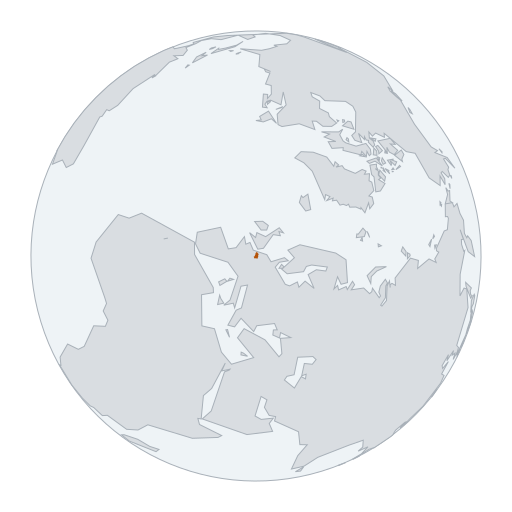 the Earth from above Hainaut, rotated 73°
{"feature_id": "BEL-2", "entity_name": "Hainaut", "entity_type": "Province", "adm_level": 1, "iso_a3": "BEL", "parent_name": "Belgium", "parent_adm1": "", "projection": "orthographic", "projection_center": [3.881, 50.373], "detail": "fine", "context": "on_globe", "style": "filled", "palette": "amber", "viewbox_px": 512, "rotation_deg": 73, "n_neighbors": 0, "source": "natural_earth", "source_scale": "10m", "svg_char_len": 11450}
<svg xmlns="http://www.w3.org/2000/svg" viewBox="0 0 512 512"><g transform="rotate(73 256 256)"><circle cx="256" cy="256" r="225" fill="#eef3f6" stroke="#a8b0b8"/><path d="M32.5,284.1L32.3,281.8L31.7,274.3L34.0,273.4L35.2,258.9L34.9,253.3L33.4,253.6L34.1,232.6L36.8,218.9L51.9,161.7L56.2,152.9L60.7,145.9L88.0,109.6L65.8,136.3L72.2,126.6L81.5,114.8L81.4,115.7L94.4,102.4L103.2,93.5L121.2,81.1L138.6,76.8L132.7,80.5L137.5,79.5L145.2,74.9L149.1,72.3L176.3,65.9L202.9,56.6L208.3,51.6L209.4,54.7L217.7,44.4L230.2,40.1L217.9,46.4L218.0,48.3L227.4,45.8L229.5,47.2L235.3,47.0L237.0,49.1L229.6,53.2L230.6,54.7L237.2,52.9L243.1,54.3L233.3,56.6L242.5,59.3L231.9,67.6L204.3,73.8L200.1,81.8L176.1,97.6L180.0,98.5L173.4,105.7L175.4,109.6L170.4,111.8L176.3,113.1L180.5,110.3L184.5,110.0L186.1,112.2L180.0,115.3L178.3,114.6L177.3,116.7L173.6,117.4L176.3,118.3L168.7,122.1L178.5,121.7L174.3,127.6L168.7,129.2L166.4,124.6L147.5,118.5L141.1,119.6L134.3,125.2L127.6,144.7L121.6,148.1L115.7,155.8L120.2,155.7L126.5,149.8L133.5,152.1L140.3,145.0L144.2,145.1L152.4,140.0L154.2,145.7L151.5,154.1L144.8,158.8L143.4,162.8L152.3,162.7L142.2,176.0L139.8,193.3L136.8,196.5L126.6,194.3L120.3,183.0L107.1,182.0L118.7,187.9L111.2,196.5L111.2,200.3L113.4,203.1L117.5,202.0L115.5,206.3L103.3,201.6L104.9,197.6L108.7,199.0L105.7,194.0L97.4,191.6L94.3,196.6L85.1,189.2L82.7,192.8L79.4,193.5L83.8,188.1L75.7,197.9L64.5,193.4L53.2,210.5L60.9,190.6L61.7,182.6L61.6,174.7L59.6,177.3L62.1,164.5L59.8,159.9L52.2,168.5L45.9,181.7L43.7,194.4L46.2,192.8L46.5,200.6L39.6,208.5L38.9,226.1L35.1,235.2L34.0,245.2L35.3,251.5L36.2,262.1L39.1,261.5L42.9,267.1L40.5,276.0L44.5,273.0L45.3,282.2L54.2,299.3L52.9,300.0L60.0,324.6L71.5,344.2L74.2,353.9L72.4,356.0L77.3,362.2L77.4,364.8L100.1,388.2L114.5,403.7L115.9,411.6L107.6,413.0L108.7,423.8L96.0,414.4L97.3,415.9L86.0,403.8L75.5,390.8L66.1,377.2L57.7,362.8L50.3,347.9L44.1,332.5L39.0,316.7L35.2,300.5L32.5,284.1ZM49.7,214.9L49.3,239.9L46.4,230.9L47.5,231.4L48.3,223.9L48.7,212.8L47.0,205.6L49.7,214.9ZM56.6,214.1L56.5,210.5L57.1,213.4L56.6,214.1ZM150.5,70.9L145.2,74.7L137.4,78.6L141.6,75.1L150.5,70.9ZM165.6,65.0L163.7,66.9L158.4,67.2L161.1,66.0L165.6,65.0ZM211.7,48.0L206.9,49.7L210.8,47.6L211.7,48.0ZM235.8,46.6L236.4,45.8L239.1,46.1L235.8,46.6ZM150.8,137.3L151.5,138.6L149.6,138.8L150.8,137.3ZM153.7,133.9L150.9,133.3L151.9,131.6L153.6,132.0L153.7,133.9ZM244.3,49.7L248.4,50.7L242.9,50.3L244.3,49.7ZM156.8,135.2L153.9,128.7L155.6,125.9L163.4,125.3L156.8,135.2ZM250.0,51.7L260.1,54.4L262.4,52.6L261.5,59.8L253.2,54.8L246.1,54.5L250.1,53.3L250.0,51.7ZM181.2,108.5L176.8,111.5L179.0,107.1L181.2,108.5ZM181.6,105.8L182.7,93.3L190.0,90.2L188.1,94.8L196.4,89.6L199.5,94.2L195.6,98.1L190.3,99.1L195.5,100.2L181.6,105.8ZM259.3,63.5L260.7,64.9L257.8,64.2L259.3,63.5ZM186.3,109.6L185.9,107.2L192.2,104.3L194.2,108.6L191.5,108.1L186.3,109.6ZM197.1,86.1L202.1,84.9L206.0,88.2L208.5,88.3L200.2,94.0L197.1,86.1ZM190.9,109.9L195.1,110.9L193.5,114.3L187.2,111.7L190.9,109.9ZM193.0,101.8L196.1,100.7L195.0,102.7L193.0,101.8ZM190.5,127.5L189.8,124.4L193.0,122.6L190.5,127.5ZM196.7,111.0L197.2,109.9L198.4,108.9L200.8,110.3L196.7,111.0ZM203.5,96.1L204.0,97.9L207.1,93.9L210.1,96.5L204.0,99.9L207.9,99.5L208.8,100.3L202.8,102.3L203.5,96.1ZM206.8,108.8L200.1,114.5L200.6,120.5L197.8,122.2L197.4,112.3L206.8,108.8ZM205.0,104.8L205.5,107.6L201.7,108.2L199.0,106.6L205.0,104.8ZM214.3,97.0L211.3,92.2L212.7,91.6L214.3,97.0ZM207.7,110.4L209.3,109.0L208.2,110.7L207.7,110.4ZM213.1,100.9L211.8,99.2L213.5,98.6L213.1,100.9ZM213.6,107.8L211.4,109.5L209.5,108.4L213.6,107.8ZM214.0,104.5L216.5,104.1L210.1,107.0L213.1,103.9L214.0,104.5ZM214.9,100.6L215.5,99.7L215.2,101.5L214.9,100.6ZM222.0,111.1L214.3,115.0L210.1,112.5L218.1,109.0L222.0,111.1ZM474.1,199.7L473.7,198.1L473.9,204.4L477.4,217.0L477.6,215.5L478.8,222.7L478.5,221.2L478.5,223.2L476.0,213.0L471.2,204.7L472.5,215.4L470.0,209.8L463.5,207.3L464.1,222.8L466.6,255.8L471.0,271.5L470.1,284.4L459.1,274.4L451.5,262.2L449.2,269.2L436.5,266.7L419.2,286.5L415.3,284.2L412.3,290.0L403.2,292.2L396.7,287.6L391.8,292.2L408.7,303.7L413.8,298.8L416.1,286.8L420.0,292.3L428.6,291.4L424.1,316.9L396.1,355.0L391.1,344.1L357.6,320.0L357.3,315.1L357.1,314.6L356.6,313.9L355.9,322.4L349.4,316.7L369.7,337.1L374.1,347.1L395.8,356.1L394.3,359.1L400.6,359.3L417.7,341.3L418.4,345.4L411.7,370.2L385.8,408.8L387.9,419.7L383.9,430.4L364.9,444.7L363.7,449.6L353.4,455.5L350.9,458.3L341.1,463.6L325.7,469.8L302.7,475.7L303.5,474.5L295.4,472.9L285.1,461.9L293.3,453.2L292.2,446.7L275.3,431.6L279.2,420.6L274.1,416.4L263.9,418.2L257.7,412.8L251.4,412.8L209.9,414.4L195.9,404.8L176.1,375.6L182.7,366.3L181.6,352.9L224.8,310.8L236.6,314.3L273.6,306.1L278.6,307.4L277.1,319.4L307.0,328.2L313.4,317.0L337.8,317.2L352.3,311.1L352.5,287.9L328.8,297.6L322.0,288.6L338.8,271.9L359.1,263.5L357.0,259.8L341.9,256.7L344.2,246.6L336.4,254.9L341.3,257.5L336.5,263.0L331.8,261.0L332.8,257.3L326.0,258.0L322.9,275.7L327.6,280.3L311.2,288.5L317.5,297.2L313.9,303.1L302.0,290.8L301.4,285.1L281.3,272.6L280.5,279.2L299.4,291.6L294.5,291.5L293.6,301.2L290.5,293.7L270.1,279.1L253.8,284.6L237.0,308.6L226.7,310.3L216.1,305.2L218.2,281.4L241.1,280.4L242.2,272.6L234.1,261.4L241.7,262.3L241.3,257.8L249.6,256.9L257.9,245.3L265.9,243.3L265.9,229.3L270.0,226.5L268.8,235.5L272.3,240.9L291.6,236.3L294.4,232.6L292.9,224.0L298.4,224.1L294.4,216.4L304.0,209.9L289.0,211.6L286.8,202.3L290.8,193.6L287.4,191.0L280.9,205.4L280.7,210.9L284.9,215.1L282.1,231.4L276.2,235.2L268.9,219.8L259.7,223.8L258.1,210.7L276.5,178.9L285.9,171.0L308.2,176.3L307.9,182.9L299.7,184.1L310.3,191.1L308.0,186.6L312.6,186.9L311.6,178.7L314.8,178.5L308.4,171.1L312.3,170.1L316.2,174.8L318.1,162.4L325.2,158.4L324.0,155.7L320.8,154.0L331.9,150.4L330.6,148.6L326.5,149.1L321.1,145.9L316.1,139.1L320.2,138.2L322.6,140.6L333.8,144.5L339.5,151.2L340.7,150.2L336.7,144.2L323.0,139.4L318.8,135.6L325.4,136.9L322.7,136.1L321.9,134.0L324.9,131.2L317.7,129.4L303.2,108.9L307.7,102.0L315.2,105.1L309.4,91.4L314.9,85.6L311.1,85.9L305.7,80.1L303.9,81.8L301.7,81.5L287.1,68.7L286.8,65.3L276.2,61.0L274.2,61.3L273.8,63.4L261.5,59.8L262.4,52.6L266.9,52.3L264.5,48.4L274.9,48.5L282.5,47.1L295.3,50.1L300.2,49.1L298.6,47.7L304.1,45.7L320.5,47.1L313.9,51.8L290.5,53.1L300.6,52.8L300.3,54.8L305.2,56.0L312.2,55.9L311.7,54.7L333.1,66.1L353.8,72.6L347.5,66.4L349.2,64.1L367.3,68.3L400.2,90.2L402.7,89.1L406.6,91.6L412.6,97.7L407.1,94.2L408.2,97.4L404.2,94.7L412.0,104.1L406.6,100.8L415.3,110.1L418.1,110.4L413.2,102.9L423.1,113.0L425.2,111.1L431.6,116.7L448.6,140.4L456.7,156.6L458.5,159.7L458.5,162.1L463.4,173.5L467.2,177.7L468.2,180.3L474.1,199.7ZM213.1,335.0L212.7,339.3L213.1,335.0ZM382.9,265.1L393.5,257.9L384.6,248.0L388.0,244.6L383.7,242.6L383.9,247.3L372.9,241.2L376.0,233.8L372.6,228.8L368.8,231.0L365.0,245.7L380.7,254.3L380.1,261.6L382.9,265.1ZM54.5,299.7L55.3,303.5L53.6,300.8L54.5,299.7ZM44.3,233.1L45.0,237.0L44.8,240.3L44.0,237.9L44.3,233.1ZM54.0,264.0L55.6,268.8L53.3,265.3L54.0,264.0ZM49.6,243.6L52.7,260.4L48.3,254.6L46.6,244.1L48.7,249.2L49.6,243.6ZM53.0,217.4L53.0,220.4L51.9,221.3L53.0,217.4ZM57.1,216.3L56.8,215.5L57.5,213.1L57.1,216.3ZM111.9,196.7L112.8,197.3L114.3,200.7L112.1,200.3L111.9,196.7ZM129.9,209.8L126.4,216.5L127.4,211.2L123.6,211.7L121.1,201.7L135.2,197.6L129.3,201.1L129.9,209.8ZM121.6,187.7L121.6,194.2L121.0,187.3L121.6,187.7ZM230.4,235.3L234.3,238.2L232.7,243.5L222.6,247.2L224.8,239.4L230.4,235.3ZM240.3,241.1L235.8,225.5L241.9,223.0L239.3,226.9L243.7,226.8L240.6,233.3L250.8,246.6L250.0,252.3L231.8,255.3L238.2,251.0L233.9,248.3L240.3,241.1ZM213.9,194.0L212.0,188.3L227.6,190.1L227.5,195.3L217.5,198.9L211.6,195.0L213.9,194.0ZM171.1,135.9L169.4,134.4L171.1,133.4L174.0,133.9L171.1,135.9ZM189.9,126.2L180.4,141.9L177.9,140.9L175.3,151.9L167.8,153.5L169.8,146.2L162.1,156.0L160.9,150.0L156.4,157.1L161.5,140.6L160.1,136.0L164.5,140.5L171.4,139.1L174.0,137.1L180.2,128.2L180.5,118.0L187.4,115.4L192.2,116.2L193.2,118.3L188.4,119.3L193.1,121.3L186.9,124.3L189.9,126.2ZM244.1,133.4L238.1,132.8L246.5,139.2L240.4,141.5L241.8,142.1L238.4,146.1L236.7,152.1L233.5,152.4L234.2,154.7L232.0,157.5L231.9,160.8L226.2,162.6L225.6,166.8L223.2,165.3L223.7,172.2L220.8,167.9L217.6,171.5L222.2,173.8L191.4,177.4L180.8,183.0L173.5,190.2L169.4,182.4L173.5,170.9L182.1,159.4L192.9,155.4L189.0,152.8L193.1,150.3L194.4,153.4L194.8,147.2L198.5,146.0L206.0,136.9L204.3,129.2L207.0,125.9L209.5,128.4L210.5,123.4L217.1,125.9L219.2,123.7L227.9,124.2L231.6,130.5L233.6,127.6L240.3,128.1L244.1,133.4ZM224.4,111.4L230.2,118.0L229.7,122.7L214.8,120.0L212.0,121.6L202.4,120.5L203.4,113.9L206.0,114.8L208.8,114.2L207.4,116.4L210.6,114.1L214.4,115.4L217.9,114.0L218.8,116.4L224.4,111.4ZM282.8,302.2L286.4,302.1L291.7,300.6L291.2,306.9L282.8,302.2ZM268.7,292.5L271.7,291.3L273.6,299.1L269.8,299.3L268.7,292.5ZM271.8,284.3L271.8,290.6L269.6,287.4L271.8,284.3ZM271.5,234.0L274.5,232.4L275.5,234.3L274.5,237.6L271.5,234.0ZM267.8,154.7L264.4,153.1L265.0,151.8L260.6,145.6L264.8,143.7L269.1,146.7L267.8,154.7ZM349.4,293.4L346.2,299.3L343.6,298.3L345.2,296.4L349.4,293.4ZM318.0,304.7L326.0,305.1L317.8,306.4L318.0,304.7ZM271.6,151.5L269.4,149.1L272.9,149.7L271.6,151.5ZM267.7,142.0L271.5,141.9L264.8,142.7L267.7,142.0ZM413.9,408.8L395.9,431.3L387.7,436.9L388.4,434.3L396.7,422.7L407.0,413.3L412.6,405.3L413.9,408.8ZM480.6,238.7L480.2,238.0L479.9,232.0L479.8,230.6L480.6,238.7ZM471.6,272.1L474.7,276.3L473.8,281.4L471.6,272.1ZM460.7,163.4L462.6,168.4L461.5,166.7L458.4,159.3L460.7,163.4ZM436.5,121.9L440.6,127.0L442.4,129.5L441.3,128.3L436.5,121.9ZM304.3,134.4L305.7,144.9L309.4,151.8L315.9,154.3L307.3,155.5L301.5,144.8L304.3,134.4ZM302.9,112.0L297.2,110.2L299.2,108.3L300.8,108.5L302.9,112.0ZM299.8,112.8L293.8,115.7L290.2,113.0L295.7,111.2L299.8,112.8ZM282.9,133.1L283.0,136.3L280.1,135.7L282.9,133.1ZM403.0,86.2L401.0,85.0L397.2,81.6L399.7,83.4L403.0,86.2ZM383.1,70.6L395.5,80.3L405.2,89.0L404.4,87.8L410.6,92.9L409.2,92.8L399.2,84.2L392.7,78.4L387.4,75.1L380.0,69.8L374.9,67.7L370.2,65.0L372.8,65.3L383.1,70.6ZM372.9,67.2L361.4,63.0L356.4,58.5L357.8,58.4L365.2,62.1L367.4,64.2L372.9,67.2ZM357.1,60.8L359.1,63.0L346.4,64.0L342.5,63.2L349.5,59.4L351.8,61.3L355.8,62.0L357.1,60.8ZM262.6,64.1L260.8,64.8L261.0,63.4L262.6,64.1ZM300.8,82.6L297.8,82.0L298.1,80.2L300.8,82.6ZM289.5,79.6L291.3,82.0L287.7,79.8L289.5,79.6ZM295.6,87.5L291.2,83.1L297.9,86.9L295.6,87.5Z" fill="#d9dde1" stroke="#a8b0b8" stroke-width="1"/><path d="M254.7,255.5L254.5,255.4L254.5,255.2L254.4,255.0L254.4,254.9L254.4,254.7L254.2,254.6L254.4,254.4L254.5,254.5L254.8,254.5L254.9,254.4L255.0,254.5L255.1,254.4L255.2,254.6L255.3,254.6L255.5,254.4L255.7,254.5L255.8,254.5L256.0,254.5L256.1,254.8L256.3,254.8L256.3,254.7L256.5,254.7L256.5,254.9L256.5,255.0L256.7,254.9L256.8,254.9L256.8,255.0L257.0,255.1L257.1,255.3L257.2,255.2L257.3,255.2L257.4,255.3L257.5,255.3L257.7,255.5L257.8,255.5L257.7,255.7L257.8,255.7L257.7,255.7L257.8,255.8L257.8,256.0L257.6,256.2L257.4,256.3L257.3,256.2L257.3,256.3L257.2,256.3L257.1,256.5L257.3,256.5L257.2,256.8L257.3,257.0L257.3,257.3L257.3,257.5L257.0,257.6L256.8,257.6L256.6,257.6L256.6,257.4L256.8,257.3L256.8,257.2L256.7,257.0L256.6,256.9L256.7,256.7L256.8,256.5L256.8,256.4L256.7,256.4L256.7,256.5L256.5,256.3L256.4,256.2L256.1,256.2L255.9,256.1L255.7,256.1L255.6,256.3L255.4,256.2L255.4,255.9L255.4,255.7L255.2,255.6L255.0,255.4L254.9,255.4L254.9,255.5L254.7,255.5ZM253.5,254.7L253.4,254.5L253.5,254.5L253.6,254.4L253.8,254.3L253.7,254.5L253.5,254.7Z" fill="#f59e0b" stroke="#b45309" stroke-width="1.5"/></g></svg>